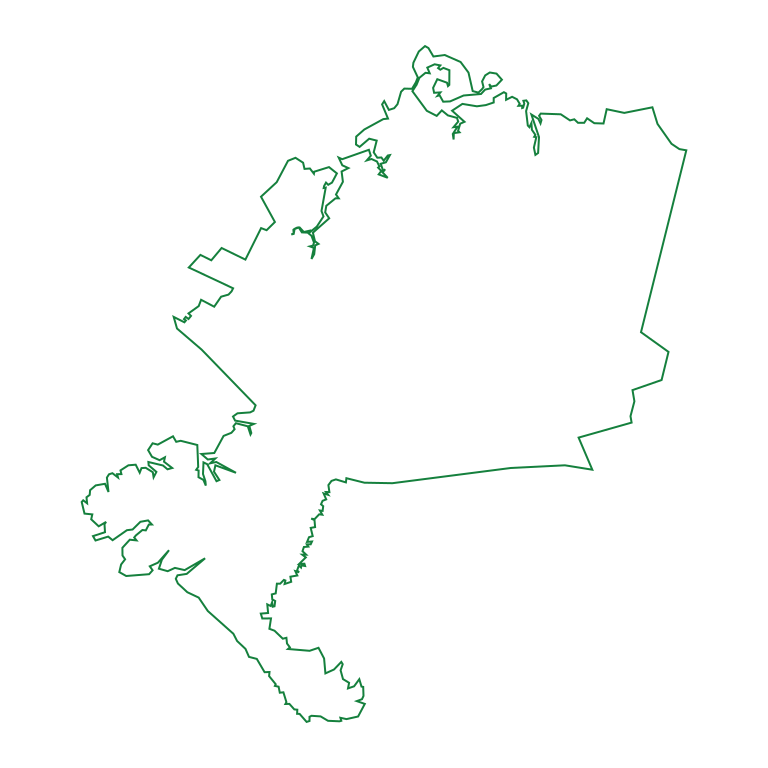 Åtara-Papatoetoe Local Board Area, Auckland, New Zealand
{"feature_id": "76426892B8082635890344", "entity_name": "Åtara-Papatoetoe Local Board Area", "entity_type": "district", "adm_level": 2, "iso_a3": "NZL", "parent_name": "New Zealand", "parent_adm1": "Auckland", "projection": "robinson", "projection_center": [174.846, -36.985], "detail": "fine", "context": "isolated", "style": "outline", "palette": "green", "viewbox_px": 768, "rotation_deg": 0, "n_neighbors": 0, "source": "geoboundaries", "source_scale": "gbopen_adm2", "svg_char_len": 6055}
<svg xmlns="http://www.w3.org/2000/svg" viewBox="0 0 768 768"><path d="M570.0,120.4L560.8,114.3L540.7,113.6L539.1,115.8L541.5,120.0L540.5,123.4L538.4,118.9L531.4,114.5L539.0,137.1L538.1,153.0L535.4,154.9L533.9,147.6L536.3,137.2L534.2,136.8L535.4,134.9L531.9,129.8L531.4,123.0L529.4,127.2L527.8,125.5L526.1,111.1L528.3,103.2L526.3,100.4L523.4,100.8L524.3,103.6L523.1,107.7L522.2,108.0L522.3,105.7L518.4,105.8L519.7,103.8L517.0,99.3L512.1,96.8L506.1,99.8L506.2,93.5L503.9,92.2L493.7,98.0L493.7,102.5L485.8,105.1L476.9,106.3L462.4,103.9L452.1,110.7L464.5,121.8L460.2,123.7L458.1,130.8L459.5,132.3L453.8,133.1L453.6,139.5L452.8,134.0L457.5,126.7L453.5,127.2L458.2,121.6L457.0,117.9L447.9,115.4L441.8,110.4L436.7,115.9L426.8,110.8L412.4,91.2L416.3,85.1L415.1,83.6L412.0,88.8L404.3,88.6L401.1,91.7L397.5,104.2L394.2,108.2L388.9,109.9L384.2,101.1L382.1,104.4L388.0,118.6L383.3,119.1L364.3,129.5L356.2,136.6L356.0,144.5L359.6,146.9L369.2,138.7L376.7,140.6L373.7,152.3L377.3,157.7L381.4,157.5L383.7,160.7L387.8,155.5L389.9,155.1L385.9,162.3L380.7,163.8L383.2,170.8L385.2,169.3L382.6,172.4L387.7,177.8L378.7,174.4L381.3,170.9L378.1,167.6L379.4,166.5L377.0,161.5L371.5,159.0L366.8,160.4L370.8,155.7L368.9,149.8L342.2,159.2L338.7,157.6L342.3,165.3L348.4,168.1L341.6,171.5L342.9,181.8L336.0,194.5L338.7,198.3L335.5,198.3L326.3,205.8L325.2,212.4L329.2,218.3L312.9,232.7L315.0,241.3L318.5,243.9L315.2,245.4L314.2,254.2L311.5,259.0L313.9,247.9L309.9,246.4L313.0,245.6L314.0,242.6L311.5,235.8L307.7,232.6L301.9,232.4L298.8,227.5L294.6,229.0L293.7,233.9L291.3,234.5L293.7,233.4L293.4,229.8L294.3,229.0L296.6,227.8L298.2,227.4L299.7,227.5L303.8,232.0L310.0,230.6L309.7,232.4L316.8,226.6L323.5,216.4L321.5,211.0L325.7,187.6L323.7,188.0L324.1,186.0L326.0,182.6L328.2,184.8L332.0,182.6L336.9,173.4L329.0,167.1L314.2,171.7L313.9,173.7L309.9,168.5L304.5,168.9L303.1,162.7L295.5,157.8L288.0,160.8L276.7,182.2L261.0,196.7L274.9,222.0L266.6,230.2L261.1,228.1L245.4,259.6L221.6,248.0L211.3,260.3L200.4,254.9L188.8,267.5L233.1,288.3L231.6,291.3L228.5,294.6L221.1,296.7L214.2,306.7L201.1,299.8L198.7,306.1L188.5,313.4L191.0,315.9L188.5,319.0L185.7,316.9L184.0,319.1L185.9,320.5L184.4,322.3L173.7,316.9L177.0,328.5L201.7,349.7L255.6,405.3L253.5,410.7L250.1,412.4L237.5,413.3L233.0,416.5L235.1,420.6L253.9,423.9L249.3,425.9L251.3,433.0L250.5,434.5L247.8,426.3L235.9,423.2L233.4,426.3L234.6,429.2L231.4,432.8L223.6,435.9L214.3,453.0L201.4,454.0L207.8,459.5L215.3,458.5L210.2,463.3L216.3,462.0L236.0,472.8L215.4,465.3L214.0,471.7L219.4,480.0L216.5,481.2L207.2,464.2L203.5,462.4L203.0,474.0L205.4,481.2L205.8,485.6L203.4,479.9L198.5,477.2L198.6,470.5L196.2,469.8L198.2,467.0L197.3,445.0L180.7,440.8L176.2,441.8L173.0,436.3L157.8,444.6L152.6,443.3L148.1,450.1L152.0,456.8L159.6,460.2L164.9,457.3L164.0,461.7L172.2,468.0L167.5,469.3L163.0,465.5L148.4,462.0L148.7,465.3L156.4,471.9L153.6,477.3L152.8,472.2L145.7,467.8L141.5,468.1L139.7,472.7L135.7,464.7L128.4,465.3L120.5,470.4L121.4,474.1L117.1,474.2L118.0,477.5L112.4,473.2L109.0,474.3L106.9,477.6L108.5,492.0L105.0,483.8L95.7,485.4L90.1,490.2L89.7,494.9L86.5,497.3L87.1,503.3L83.2,500.3L81.7,502.0L84.5,513.6L92.3,514.4L91.2,519.3L98.7,526.3L106.1,521.9L104.5,524.2L105.0,532.2L93.0,536.1L95.5,540.5L108.2,536.6L112.6,540.2L126.9,530.2L132.6,529.5L140.4,521.8L148.1,520.4L151.9,524.5L148.8,524.6L145.8,530.4L142.4,530.0L135.8,535.5L134.2,537.5L136.5,540.4L129.8,539.7L122.4,547.8L122.5,555.5L125.1,559.3L121.1,564.5L119.3,572.1L126.2,576.0L149.1,574.2L152.6,570.3L149.8,566.3L157.9,562.7L169.0,550.2L161.9,559.7L158.9,568.7L167.7,571.2L174.9,567.9L184.7,570.1L205.1,558.3L186.7,573.9L177.5,575.3L175.8,578.8L177.9,583.5L187.3,592.2L198.7,597.6L207.8,611.0L233.4,633.8L237.1,641.0L245.5,648.9L249.0,656.9L256.8,658.9L264.6,672.2L269.5,672.0L269.1,676.1L275.7,684.2L274.9,685.9L278.6,686.7L279.8,692.7L283.4,692.3L286.4,702.1L285.4,704.0L289.4,703.9L294.3,709.4L297.3,709.7L297.1,713.8L299.6,713.9L306.6,721.9L309.5,721.0L309.5,716.8L311.5,715.8L320.6,716.4L328.0,720.8L339.5,721.3L341.3,720.8L340.4,717.8L346.5,719.1L358.1,716.5L364.8,703.9L356.8,701.1L362.0,699.2L363.5,695.9L363.2,686.9L361.5,686.6L359.3,679.2L354.1,686.3L348.0,688.4L349.1,682.8L343.0,679.1L340.6,670.3L342.7,664.2L341.3,661.9L334.0,669.5L325.4,673.4L324.1,658.5L318.5,647.8L309.6,650.8L288.0,649.0L289.9,647.4L287.0,643.5L286.4,637.8L282.8,638.7L274.5,630.7L269.4,628.8L271.0,618.4L262.3,618.5L260.8,613.6L268.1,613.0L267.3,604.4L270.7,606.0L272.1,602.3L272.8,606.7L274.5,606.3L275.2,601.0L272.3,599.4L271.8,594.4L275.7,593.4L276.9,583.7L280.2,583.7L283.9,579.9L285.4,580.5L284.6,584.0L291.2,581.8L290.4,576.7L297.3,575.5L295.3,571.1L299.1,572.3L297.1,570.4L298.9,565.5L301.0,567.5L301.4,565.4L305.1,566.0L304.4,563.7L299.2,563.9L305.8,557.4L302.3,554.7L306.2,554.7L302.5,551.2L303.9,547.0L308.3,546.6L306.8,544.3L310.7,544.3L312.0,541.5L307.1,541.9L309.0,537.2L312.7,536.1L310.7,527.9L315.1,527.1L314.5,520.1L311.2,518.6L314.5,519.2L319.2,514.3L322.3,514.7L319.9,510.5L322.6,510.9L323.2,506.2L321.0,504.3L322.6,500.8L326.2,499.4L323.6,493.4L328.1,494.8L326.0,492.0L329.4,492.1L328.4,485.1L331.5,480.9L335.9,479.4L345.9,482.4L346.4,478.2L364.4,482.7L392.4,483.2L510.7,468.0L564.9,465.3L592.3,469.7L578.6,437.6L631.6,422.6L630.5,416.2L634.4,401.3L632.5,390.1L661.6,380.0L668.5,351.9L641.0,332.2L686.3,150.3L679.4,149.1L671.5,143.8L657.5,123.9L652.4,107.3L624.3,112.9L606.7,109.2L603.5,123.5L594.3,123.2L587.1,118.3L584.2,122.8L578.0,122.8L574.3,119.3L570.0,120.4ZM425.0,46.1L418.8,51.5L413.4,62.7L412.9,66.9L417.8,77.4L415.9,82.2L417.0,83.7L419.4,77.8L425.5,72.8L429.7,73.3L427.3,67.6L434.6,64.3L440.3,65.4L438.1,68.1L440.3,69.7L443.4,67.9L449.4,70.2L449.3,84.9L448.0,86.1L447.0,82.7L437.3,79.2L433.1,87.9L434.1,92.8L440.4,92.4L437.5,95.9L439.6,95.3L443.2,101.7L450.1,101.4L463.6,95.5L481.0,94.0L485.1,89.6L490.9,88.3L489.2,84.1L491.2,86.6L496.4,85.5L501.9,79.7L496.5,73.6L489.8,72.5L485.2,75.4L482.1,81.4L483.5,87.1L482.0,89.2L478.4,92.6L472.7,91.1L468.5,72.6L460.6,62.0L444.7,55.0L433.4,56.5L428.4,48.0L425.0,46.1Z" fill="none" stroke="#15803d" stroke-width="2"/></svg>